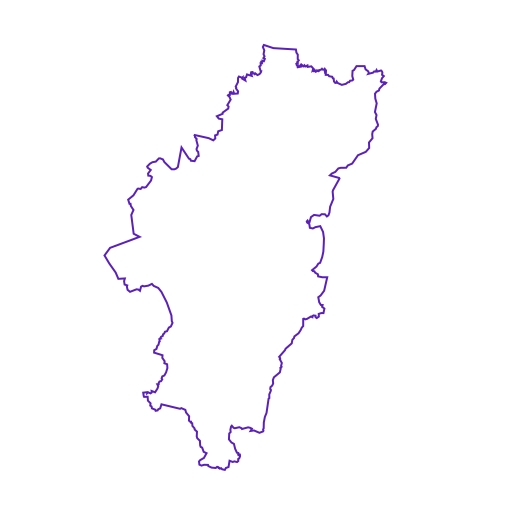 Nochistlán de Mejía, Zacatecas, Mexico (Albers equal-area conic projection), rotated 173°
{"feature_id": "50627088B22182253639987", "entity_name": "Nochistlán de Mejía", "entity_type": "district", "adm_level": 2, "iso_a3": "MEX", "parent_name": "Mexico", "parent_adm1": "Zacatecas", "projection": "albers", "projection_center": [-102.872, 21.436], "detail": "fine", "context": "isolated", "style": "outline", "palette": "violet", "viewbox_px": 512, "rotation_deg": 173, "n_neighbors": 0, "source": "geoboundaries", "source_scale": "gbopen_adm2", "svg_char_len": 6077}
<svg xmlns="http://www.w3.org/2000/svg" viewBox="0 0 512 512"><g transform="rotate(173 256 256)"><path d="M374.8,311.9L374.7,293.0L369.2,289.2L399.8,281.9L406.3,275.0L402.5,266.4L397.3,256.7L395.4,250.1L388.9,249.7L390.0,247.1L389.9,243.7L387.4,242.5L387.9,241.6L387.6,238.1L385.4,235.8L378.6,237.5L376.8,237.0L375.4,235.6L373.8,239.6L372.2,240.2L370.9,239.5L366.5,239.7L362.7,241.0L361.2,238.8L356.9,236.2L354.2,231.8L350.2,220.7L347.2,207.3L347.5,201.6L347.0,199.8L349.1,196.4L351.2,195.6L353.5,192.2L355.6,191.9L356.6,190.2L357.8,189.6L358.3,188.0L360.0,187.4L361.1,186.0L360.7,185.6L362.1,185.3L362.0,182.9L362.6,182.6L363.6,179.8L365.0,178.7L366.1,175.9L368.5,174.9L368.9,172.5L360.9,168.9L361.4,166.3L359.5,162.7L360.0,160.7L357.4,159.4L357.6,155.6L359.4,151.5L361.5,148.6L363.7,147.9L364.6,146.0L364.1,145.0L365.5,143.3L367.0,143.2L367.9,142.2L368.2,140.6L369.6,140.7L368.9,138.7L369.9,136.5L372.8,133.0L376.1,134.8L376.2,133.2L377.4,132.5L379.7,133.8L380.7,133.1L380.5,134.1L384.6,134.1L384.5,130.7L384.2,129.8L380.7,129.5L380.9,125.6L378.6,122.6L379.2,120.4L378.0,119.4L377.9,117.5L374.7,115.7L374.5,114.6L372.5,114.7L371.7,115.8L369.7,116.4L367.9,120.3L350.0,113.6L348.7,114.1L344.9,111.9L344.5,109.2L341.9,105.1L342.6,100.8L341.4,99.4L340.7,99.4L340.7,98.3L339.7,97.8L339.8,95.1L338.0,92.4L338.0,91.2L336.0,88.9L336.8,84.1L336.5,82.3L334.2,79.4L334.5,74.9L334.2,73.3L332.8,72.4L331.8,68.0L329.1,66.3L332.3,61.9L336.3,60.2L337.6,59.0L337.6,55.8L335.6,54.6L333.0,55.1L329.1,54.5L328.9,53.3L325.9,51.4L321.8,50.5L320.3,51.5L319.4,51.2L319.0,50.1L318.1,50.2L317.7,49.3L316.4,49.6L315.7,48.5L313.0,47.5L311.7,49.3L309.0,49.9L307.2,56.0L304.2,54.4L302.5,54.8L299.9,53.8L298.6,54.6L298.4,56.7L297.3,57.2L296.2,59.3L296.2,60.7L297.7,60.5L297.9,61.0L297.3,61.9L297.5,62.6L298.9,63.1L300.2,67.2L300.8,72.2L303.1,73.9L305.2,77.3L304.2,83.1L302.6,84.4L302.6,86.7L301.5,89.8L300.7,90.5L299.2,88.2L298.1,87.6L293.4,88.1L291.3,86.8L291.0,86.0L284.7,86.9L282.8,86.2L281.1,85.1L282.7,83.0L279.3,83.1L274.1,80.1L270.4,81.0L269.9,81.6L270.1,83.0L269.4,84.0L268.5,89.9L266.8,95.2L264.7,98.9L260.9,112.8L260.1,113.3L259.7,117.0L257.9,120.1L257.5,121.2L258.1,122.2L257.6,124.1L255.7,125.4L254.5,127.4L254.4,130.8L253.0,133.4L246.5,137.6L245.2,141.2L245.5,141.9L244.1,142.9L244.5,143.8L243.4,146.7L245.0,150.7L244.5,151.0L244.7,152.4L245.3,153.1L238.8,158.9L237.9,160.4L231.2,164.9L230.1,168.4L228.3,169.9L227.7,171.5L223.2,174.1L220.8,176.9L219.3,179.3L217.7,180.7L216.8,187.8L216.0,188.0L214.8,187.1L212.9,187.4L208.9,189.2L207.5,188.4L207.3,189.5L206.2,190.0L204.2,189.5L204.3,188.0L203.3,187.0L201.0,188.2L200.8,190.9L198.1,191.4L196.0,191.1L194.5,195.5L196.6,197.5L195.9,199.2L197.6,199.5L198.9,202.4L199.2,207.5L196.7,208.9L192.6,213.2L187.9,226.2L192.7,226.8L196.8,228.2L196.8,230.3L199.3,232.2L199.9,233.7L201.4,234.1L202.1,235.1L197.2,238.2L195.1,240.8L193.2,241.4L190.4,246.9L188.6,252.2L187.2,260.1L186.4,265.2L186.5,271.7L188.6,277.8L193.5,277.4L196.2,276.4L199.1,277.4L199.2,281.3L201.2,283.0L201.4,284.1L200.5,284.9L199.8,283.3L198.7,283.2L196.7,287.9L193.4,289.7L187.9,288.2L185.8,289.5L182.5,289.0L180.8,286.6L179.1,287.6L177.8,290.2L176.4,295.9L172.3,303.2L172.1,310.5L171.6,311.8L163.7,322.7L163.9,323.3L172.8,327.0L170.7,328.6L167.0,329.8L163.6,332.9L161.2,333.2L155.7,332.6L153.8,334.7L149.3,336.0L142.5,343.6L134.3,346.0L130.5,349.4L130.0,354.9L126.0,358.7L125.8,362.8L125.0,365.3L121.5,367.6L120.8,369.1L119.3,370.1L118.9,371.4L120.4,377.5L119.2,381.2L120.4,384.4L117.6,392.8L118.4,397.7L118.1,402.6L116.3,404.4L113.8,405.3L113.1,407.1L108.4,410.9L107.0,410.9L105.7,412.0L107.0,412.8L110.2,413.1L110.8,414.1L109.2,417.2L107.2,419.0L108.8,420.5L108.2,422.6L108.5,423.9L109.3,424.9L113.1,424.3L113.7,425.9L114.7,424.4L116.2,424.8L117.5,423.7L122.3,423.1L121.7,423.8L122.1,425.6L124.5,427.9L125.1,431.2L133.1,432.2L136.0,428.7L137.6,428.0L138.5,422.9L138.0,419.2L139.0,418.5L141.3,418.5L142.3,417.2L143.7,417.2L145.8,415.9L150.0,415.4L153.9,417.8L154.6,419.2L155.2,418.1L156.2,418.1L157.3,419.7L157.3,422.7L158.1,423.0L158.5,424.6L161.5,425.5L162.4,427.0L164.7,427.3L164.1,430.5L165.1,429.8L165.2,431.3L164.4,432.1L165.0,433.4L165.7,432.7L167.1,432.9L167.7,433.8L168.5,433.1L170.9,432.7L170.7,432.2L171.5,431.8L172.7,432.7L172.9,432.1L174.2,431.6L175.0,433.3L175.6,432.3L176.2,432.4L176.4,433.4L177.2,433.0L176.4,435.2L178.0,437.5L181.7,437.4L181.7,438.9L184.0,438.1L184.7,439.4L185.7,438.5L187.8,440.7L189.1,439.5L187.7,439.2L187.8,438.5L192.5,438.2L190.4,438.9L192.3,440.5L192.5,441.9L191.9,442.1L191.5,443.1L191.0,442.5L190.8,443.9L189.7,445.0L190.6,446.4L190.0,450.8L191.1,452.9L191.2,456.1L213.4,460.2L222.5,464.5L223.7,462.6L222.7,459.1L223.9,455.4L223.2,453.2L224.5,451.6L223.2,450.6L224.4,448.4L225.9,449.1L226.1,448.0L227.0,448.1L226.7,446.6L227.9,446.8L228.1,444.5L229.6,443.7L228.9,439.0L228.3,438.8L228.9,437.5L230.4,436.1L232.5,435.4L234.5,437.4L235.1,436.8L235.4,437.4L236.7,437.4L237.0,439.0L238.4,439.0L238.9,437.6L238.3,435.3L242.8,437.3L244.0,434.6L245.6,434.3L245.2,431.5L248.1,433.7L247.6,435.0L248.2,434.7L251.1,436.2L252.1,434.9L252.7,430.8L255.5,426.6L255.1,425.6L255.4,424.7L253.7,421.6L254.3,419.5L257.9,419.7L258.3,421.6L259.3,419.8L260.2,420.0L260.9,421.9L262.0,421.7L262.3,419.1L263.7,419.3L264.3,418.8L262.9,417.1L262.1,414.3L266.1,409.2L265.0,407.7L265.6,405.7L271.6,402.4L271.8,401.2L277.8,399.5L276.2,396.9L272.8,395.8L274.5,385.2L278.3,384.4L279.4,381.2L281.9,380.7L282.1,377.6L284.3,376.0L288.5,378.7L302.8,383.8L301.9,382.8L302.1,381.5L300.6,379.3L301.1,378.4L300.3,372.6L302.0,369.4L301.8,367.8L300.7,366.4L300.7,362.3L302.3,362.0L305.4,357.6L309.0,358.5L309.4,360.1L310.7,360.8L316.7,372.8L322.7,353.8L324.8,352.4L326.6,352.0L329.2,352.4L335.5,360.4L336.6,363.2L339.2,364.6L340.5,364.7L343.9,361.9L347.4,361.7L350.1,360.5L353.1,358.1L352.8,356.9L350.0,354.2L353.1,351.0L353.1,348.9L351.0,348.4L349.7,347.0L351.0,343.7L356.7,337.8L358.4,337.5L360.6,338.2L362.3,336.6L364.8,337.3L365.5,337.0L370.2,331.2L376.0,327.5L375.2,323.2L374.2,323.1L374.1,320.9L372.0,316.6L374.8,311.9Z" fill="none" stroke="#5b21b6" stroke-width="2"/></g></svg>